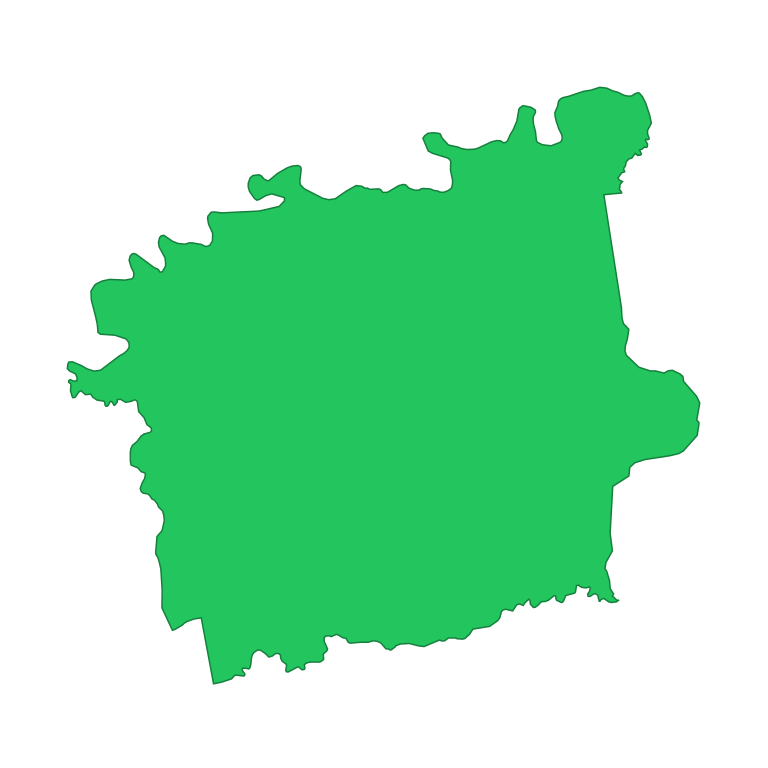 the district of Pisaflores, Hidalgo, Mexico, rotated 184°
{"feature_id": "50627088B64688657513585", "entity_name": "Pisaflores", "entity_type": "district", "adm_level": 2, "iso_a3": "MEX", "parent_name": "Mexico", "parent_adm1": "Hidalgo", "projection": "orthographic", "projection_center": [-98.985, 21.231], "detail": "fine", "context": "isolated", "style": "filled", "palette": "green", "viewbox_px": 768, "rotation_deg": 184, "n_neighbors": 0, "source": "geoboundaries", "source_scale": "gbopen_adm2", "svg_char_len": 6134}
<svg xmlns="http://www.w3.org/2000/svg" viewBox="0 0 768 768"><g transform="rotate(184 384 384)"><path d="M682.8,456.2L681.8,447.4L676.1,430.3L674.2,423.6L672.9,415.5L670.4,413.9L656.0,413.9L644.5,411.0L641.4,407.5L640.7,403.1L642.5,399.5L645.8,396.3L649.8,393.7L667.7,378.0L674.2,376.6L681.4,378.4L687.0,381.2L696.3,384.4L700.0,383.9L700.8,381.7L701.0,377.3L698.5,375.0L692.5,372.6L690.5,368.8L690.8,365.7L693.9,365.2L697.4,366.5L698.7,365.3L698.8,363.8L696.5,362.3L696.2,361.4L696.3,355.5L694.3,350.0L693.6,348.7L691.3,349.0L687.8,354.8L685.8,356.2L681.0,352.5L676.5,353.4L675.3,352.9L673.7,350.6L669.1,347.9L662.5,347.4L661.3,346.4L660.8,343.5L659.9,342.5L658.7,342.5L657.7,343.4L655.9,347.3L655.0,347.6L653.8,346.9L651.8,344.0L651.2,344.0L648.9,347.2L648.9,349.9L645.6,350.3L640.5,347.7L634.9,349.1L631.4,350.9L629.4,350.0L628.8,349.0L626.8,339.3L621.0,333.7L617.7,327.0L613.1,323.9L612.7,320.9L614.0,319.4L619.9,317.4L622.8,315.0L626.2,309.6L630.8,305.1L632.0,301.8L632.3,298.4L631.7,289.8L630.9,286.0L630.1,285.2L623.9,283.3L620.1,279.6L616.5,278.6L615.7,277.4L616.2,273.0L618.2,268.8L619.9,262.9L618.7,259.8L616.5,258.3L611.7,257.8L609.7,256.1L607.4,253.0L604.9,252.1L601.6,248.4L600.4,245.6L596.2,242.1L594.7,238.4L593.6,232.3L595.2,222.2L599.8,216.1L600.0,199.8L599.5,197.8L597.6,195.4L596.0,191.4L593.7,183.9L590.9,162.9L589.9,145.2L577.9,123.6L575.7,124.4L568.0,129.7L566.7,131.4L564.0,133.3L557.2,136.3L550.0,138.0L533.1,73.0L524.8,75.4L515.4,79.3L513.2,82.3L511.7,83.3L503.4,82.9L502.5,84.3L502.7,85.2L505.3,88.2L505.5,90.5L502.0,90.9L499.2,90.3L498.2,91.0L497.4,94.0L497.1,101.7L496.4,104.8L495.1,107.0L491.3,110.0L488.4,109.7L483.1,106.5L479.9,103.6L476.4,104.8L474.0,107.1L472.4,107.8L469.7,107.5L468.5,106.5L467.8,103.0L466.2,100.3L461.9,97.6L461.6,96.5L462.0,91.2L461.1,90.1L459.5,90.0L449.9,96.0L445.7,93.1L443.5,93.8L443.1,95.3L443.9,98.2L442.4,100.0L438.8,101.4L429.1,102.1L427.4,102.8L425.0,105.0L425.7,110.2L422.2,114.1L421.8,115.7L425.7,123.0L426.0,126.9L424.3,128.6L420.8,128.9L419.1,128.3L414.1,130.9L411.7,130.3L407.5,128.0L404.2,127.7L401.6,123.8L399.5,123.1L389.0,124.8L381.7,125.3L376.6,127.1L372.2,126.7L368.6,125.1L363.7,120.0L360.6,119.9L359.4,119.0L358.0,119.5L354.3,122.7L354.0,123.7L349.4,125.8L340.7,126.9L331.2,125.2L325.7,124.9L310.9,132.4L308.3,131.7L305.6,132.0L302.0,135.1L295.1,135.6L293.4,135.0L287.7,135.0L285.5,135.8L281.2,140.3L278.2,145.7L261.7,149.6L254.1,155.8L252.2,158.7L251.0,165.1L249.5,166.9L246.8,167.8L239.8,166.6L236.0,173.2L233.4,174.0L229.7,172.8L227.9,175.9L224.5,179.4L223.2,178.2L222.7,174.7L219.4,171.5L217.6,171.8L214.9,174.1L211.8,177.8L208.0,178.3L204.8,179.8L199.6,184.7L198.5,184.7L197.5,183.5L197.7,182.0L196.7,180.3L191.6,178.3L189.9,179.6L187.9,185.7L179.4,188.6L178.5,189.7L177.9,196.2L176.7,196.9L175.5,196.8L175.1,196.1L172.4,194.9L168.1,194.7L165.0,195.9L164.0,195.3L164.4,191.9L166.2,188.5L165.6,186.4L163.8,186.4L159.5,189.6L157.4,189.1L156.0,188.2L154.3,182.5L153.5,182.2L152.4,184.2L149.8,185.4L144.5,182.3L141.8,181.9L136.6,183.0L136.1,183.9L134.4,184.8L136.4,184.5L141.3,188.3L140.3,190.5L144.0,195.5L145.4,203.8L148.8,212.8L150.7,215.2L150.1,221.6L144.5,233.5L148.0,250.8L148.7,297.8L133.3,309.3L133.0,318.0L128.3,322.9L118.6,326.8L93.8,332.4L85.2,335.1L80.7,338.1L68.0,354.6L67.0,366.4L67.3,367.9L69.5,369.6L67.7,387.1L71.4,393.6L85.3,407.5L86.4,412.4L89.4,414.7L97.3,417.8L101.4,417.0L105.4,414.4L114.1,416.0L119.2,415.6L130.9,418.5L144.3,429.6L145.9,433.7L145.9,438.9L144.4,445.5L143.6,455.6L149.5,461.1L151.3,467.1L152.5,476.9L177.9,588.2L160.3,591.1L160.5,592.1L163.0,595.0L162.4,596.6L162.6,599.3L160.2,602.6L163.5,603.9L164.9,605.9L161.6,611.3L158.7,612.5L159.8,614.7L159.8,616.1L158.4,618.3L157.9,622.6L155.1,625.8L152.6,626.6L149.5,631.6L147.7,630.2L147.0,630.4L146.8,629.7L144.0,630.3L143.3,631.5L145.4,635.4L142.7,636.4L141.0,638.4L138.4,638.4L137.9,639.2L137.8,641.8L140.3,645.2L139.8,646.5L138.0,646.0L136.7,646.7L136.8,648.0L138.4,651.5L138.8,655.3L135.5,662.9L138.0,671.5L142.5,682.3L146.1,688.5L149.5,692.0L150.9,692.3L153.9,691.1L157.0,688.6L161.0,688.2L164.8,688.8L171.2,691.4L176.2,692.3L182.5,694.7L189.5,695.0L198.3,691.5L205.6,689.8L220.0,683.8L225.4,682.2L227.6,680.9L229.5,678.6L230.2,673.3L232.5,666.5L232.0,662.9L230.5,658.1L227.4,650.7L224.0,644.9L223.3,641.4L224.0,638.7L225.0,637.5L233.9,633.3L242.6,633.7L248.0,635.9L249.0,637.9L250.5,646.3L253.0,653.8L253.6,657.3L253.8,660.8L251.8,665.7L252.2,667.8L256.6,670.3L263.0,671.2L265.1,671.2L267.7,669.0L268.6,667.5L269.8,655.6L272.8,646.9L275.5,641.5L277.8,635.1L279.6,633.4L281.9,633.1L284.7,634.7L288.6,634.7L293.4,633.2L307.1,625.6L310.4,624.5L317.6,623.7L323.3,624.3L326.1,625.4L336.4,626.9L343.1,633.3L345.3,637.3L347.0,637.9L352.6,638.1L357.8,637.1L360.9,634.3L362.3,631.8L356.1,619.5L351.7,617.5L337.0,614.1L335.3,613.4L333.0,611.1L332.6,602.0L329.7,591.6L329.7,587.2L330.5,583.9L333.9,581.2L337.8,579.4L342.0,579.3L342.9,580.1L347.9,580.6L351.3,581.8L358.7,581.8L360.9,581.2L362.5,579.8L367.2,579.5L372.8,581.2L376.4,584.2L378.6,584.4L383.0,583.0L393.9,575.5L398.6,575.0L400.7,577.6L402.8,578.3L411.7,577.2L414.3,578.3L416.4,577.9L419.9,579.7L425.7,580.0L435.2,573.7L445.5,565.4L451.8,564.0L457.9,564.9L476.6,572.9L478.8,574.6L481.5,577.2L482.1,580.6L481.6,592.1L482.1,594.3L483.3,595.4L485.2,595.9L490.8,595.0L495.6,592.9L504.7,586.8L513.1,578.8L515.2,578.8L517.8,580.0L521.0,583.1L523.3,584.0L529.4,582.8L532.0,580.1L533.4,575.0L533.2,571.0L531.5,566.6L526.2,560.1L523.7,558.5L521.5,559.3L514.8,563.8L509.3,565.8L496.3,563.0L496.1,559.7L501.0,553.8L520.7,547.8L557.9,543.4L565.5,543.8L568.4,543.3L571.4,539.1L571.5,536.8L570.2,531.3L565.5,522.5L565.1,514.6L567.6,510.2L569.6,509.1L572.1,508.8L575.9,510.5L585.1,511.4L588.1,511.2L592.4,509.6L599.2,509.8L605.1,511.7L614.0,517.0L616.7,516.2L618.0,514.5L618.9,509.6L617.8,504.9L611.2,494.5L610.2,488.6L610.2,486.2L613.1,480.3L615.3,480.0L616.8,482.1L618.4,483.1L621.0,483.8L640.4,496.2L642.8,496.7L644.6,496.0L646.2,493.8L646.9,489.6L644.2,482.6L641.4,477.8L641.2,473.8L642.5,471.4L649.5,469.6L665.0,469.2L672.2,467.1L678.1,463.8L679.5,462.4L682.8,456.2Z" fill="#22c55e" stroke="#15803d" stroke-width="1.5"/></g></svg>